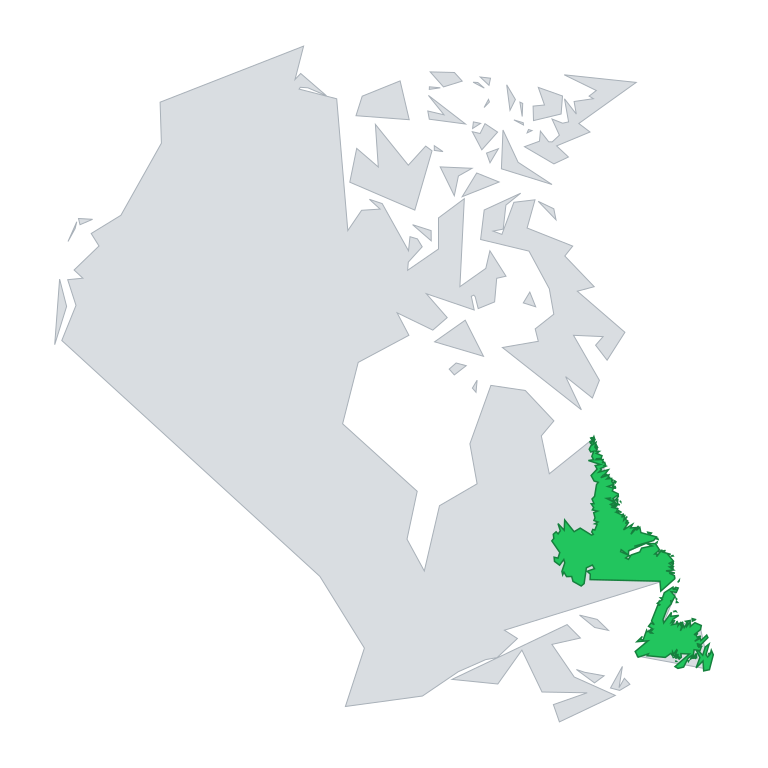 Newfoundland and Labrador highlighted on a map of Canada
{"feature_id": "CAN-686", "entity_name": "Newfoundland and Labrador", "entity_type": "Province", "adm_level": 1, "iso_a3": "CAN", "parent_name": "Canada", "parent_adm1": "", "projection": "orthographic", "projection_center": [-58.847, 53.496], "detail": "fine", "context": "in_parent", "style": "filled", "palette": "green", "viewbox_px": 768, "rotation_deg": 0, "n_neighbors": 0, "source": "natural_earth", "source_scale": "10m", "svg_char_len": 9809}
<svg xmlns="http://www.w3.org/2000/svg" viewBox="0 0 768 768"><path d="M120.9,215.3L161.4,143.2L160.1,102.2L303.6,46.1L295.0,79.5L300.7,73.5L326.5,95.8L307.9,87.8L300.3,87.3L299.1,89.1L336.7,98.8L347.8,230.6L361.6,210.3L380.1,209.1L369.4,199.3L382.2,203.6L408.5,250.8L410.0,236.7L417.4,238.9L422.2,246.8L408.3,262.1L407.6,270.3L438.5,249.0L438.5,217.9L464.3,198.7L459.9,286.7L485.8,268.4L489.9,250.8L506.0,276.2L496.7,278.3L494.6,301.9L478.2,308.6L475.2,296.7L473.8,295.1L471.3,296.3L474.2,310.0L426.3,293.7L447.2,317.6L432.8,330.1L397.1,312.8L408.9,335.3L358.2,362.4L342.6,423.8L417.2,491.3L407.0,539.2L424.3,571.0L439.5,505.7L477.1,483.8L469.9,443.8L490.9,385.4L525.3,390.5L553.9,420.9L541.3,435.9L549.3,473.8L593.7,438.2L624.2,528.8L655.9,536.9L625.9,552.9L626.4,559.6L655.9,544.2L674.9,577.4L504.4,630.2L517.4,638.5L497.1,657.6L485.7,659.6L458.3,671.7L422.5,696.0L345.4,706.5L364.4,648.1L319.9,576.4L61.8,340.5L76.0,305.4L67.7,279.7L82.9,278.2L74.1,270.0L99.0,246.0L91.2,233.5L120.9,215.3ZM493.0,231.1L501.9,234.4L513.9,202.3L535.0,199.8L527.1,228.0L572.7,246.1L564.8,256.0L594.2,286.7L577.3,291.2L624.9,332.3L607.1,360.2L595.6,345.2L603.1,336.6L573.5,335.3L599.4,380.3L592.4,398.0L565.6,376.6L581.4,409.8L502.4,347.5L538.3,341.3L535.2,328.9L553.8,314.2L549.3,288.7L529.0,251.1L480.6,239.5L484.2,210.0L520.7,193.2L505.9,205.1L503.2,229.1L493.0,231.1ZM564.2,74.8L636.2,82.4L578.8,123.5L590.0,132.0L556.6,145.9L568.4,157.0L553.9,163.9L524.5,146.7L539.5,141.2L540.4,131.1L548.7,141.8L552.2,141.9L559.4,135.2L552.0,119.0L562.6,123.2L568.6,121.9L564.5,98.8L576.3,114.1L574.1,101.5L593.4,98.7L589.1,96.1L596.3,90.5L564.2,74.8ZM375.4,124.4L408.3,165.2L425.7,146.1L432.0,150.8L414.8,210.1L349.8,182.2L356.7,148.4L378.3,167.0L375.4,124.4ZM542.0,692.0L521.9,650.1L497.8,684.0L452.0,679.4L567.1,624.6L580.4,638.0L551.9,644.4L574.2,677.0L615.3,695.4L559.4,721.9L553.4,704.6L587.2,692.8L542.0,692.0ZM400.1,80.9L409.2,119.7L356.0,115.7L362.2,96.2L400.1,80.9ZM538.3,87.4L562.5,96.0L561.1,114.0L533.5,120.6L533.1,106.1L544.5,105.0L538.3,87.4ZM503.0,130.0L518.1,162.3L552.0,184.5L501.4,168.8L503.0,130.0ZM428.4,95.4L465.5,124.0L429.3,119.2L427.8,111.0L444.0,114.8L428.4,95.4ZM677.6,588.5L664.0,621.9L699.8,625.0L709.3,669.4L636.8,656.0L677.6,588.5ZM440.2,166.9L472.0,168.3L458.4,176.0L454.3,195.7L440.2,166.9ZM434.6,341.8L465.2,320.2L483.5,356.3L434.6,341.8ZM476.7,173.0L499.1,182.0L462.2,196.7L476.7,173.0ZM462.2,81.1L443.5,86.9L430.2,71.9L454.4,72.5L462.2,81.1ZM497.6,132.1L481.8,149.8L472.3,131.7L480.1,133.5L485.0,123.7L497.6,132.1ZM506.7,84.8L515.4,99.5L510.0,110.3L506.7,84.8ZM59.6,279.1L66.6,306.4L54.7,344.7L59.6,279.1ZM538.2,201.3L553.8,208.8L556.0,219.8L538.2,201.3ZM412.6,224.7L431.1,230.6L431.2,240.8L412.6,224.7ZM498.4,148.7L490.0,162.8L486.5,153.1L498.4,148.7ZM522.7,103.4L522.2,116.5L519.9,102.1L522.7,103.4ZM529.8,292.1L535.7,306.8L523.3,302.9L529.8,292.1ZM477.8,82.5L484.3,88.1L473.1,82.2L477.8,82.5ZM443.0,151.6L434.3,150.4L434.3,145.7L443.0,151.6ZM622.4,666.4L619.0,687.7L624.4,678.3L629.9,684.3L619.7,690.4L610.5,688.0L622.4,666.4ZM490.5,78.2L489.0,85.3L480.2,77.0L490.5,78.2ZM608.5,630.4L594.7,627.5L579.5,615.1L597.2,619.4L608.5,630.4ZM466.2,365.7L454.3,374.9L449.2,369.1L456.1,363.0L466.2,365.7ZM78.5,218.5L92.6,219.3L80.0,224.7L78.5,218.5ZM513.9,119.9L523.2,122.7L523.5,125.0L513.9,119.9ZM480.6,123.4L472.6,128.5L473.4,121.9L480.6,123.4ZM576.4,669.5L584.7,672.3L604.1,675.8L594.5,682.9L576.4,669.5ZM477.1,380.2L476.0,392.3L472.4,388.1L477.1,380.2ZM440.3,87.8L429.3,89.4L429.4,86.8L440.3,87.8ZM532.0,130.6L527.1,132.9L528.5,129.5L532.0,130.6ZM489.4,102.0L484.1,107.5L488.5,99.4L489.4,102.0ZM76.8,221.7L75.1,228.6L68.0,241.5L76.8,221.7Z" fill="#d9dde1" stroke="#a8b0b8" stroke-width="1"/><path d="M593.4,437.6L594.6,438.7L592.5,437.7L591.4,438.5L594.5,439.9L590.5,442.8L594.5,440.6L593.0,444.4L596.0,442.4L594.9,446.9L595.8,448.4L597.7,449.0L596.8,449.1L595.8,451.2L599.2,451.4L596.2,453.4L602.0,455.7L601.2,458.3L596.5,458.7L595.9,459.7L603.9,459.5L602.0,459.9L603.5,461.9L602.0,462.8L604.7,462.4L605.5,464.9L604.3,465.5L606.0,466.1L600.5,468.5L601.4,469.6L598.9,472.1L608.4,469.7L605.0,474.0L607.4,474.7L603.4,475.0L600.8,477.7L609.0,474.8L608.3,476.9L610.2,477.5L608.1,477.8L606.8,478.9L611.7,478.4L611.7,481.5L613.7,484.3L607.7,486.5L613.4,488.1L612.3,491.0L618.2,493.9L618.3,496.2L616.8,495.7L612.9,498.7L614.8,501.8L607.3,498.6L611.2,497.9L606.5,498.4L614.6,502.5L610.4,504.4L615.4,507.6L610.9,507.1L617.8,508.7L616.6,511.5L618.7,511.8L616.2,512.3L623.5,515.7L621.4,517.2L624.7,515.8L623.8,520.1L627.2,516.5L625.3,519.3L627.5,520.8L626.0,522.2L625.7,523.8L627.2,521.4L628.5,522.6L623.5,529.9L632.5,524.3L630.6,527.9L635.9,527.6L632.8,530.5L630.9,534.3L638.5,525.9L636.3,530.4L639.8,527.3L640.9,532.6L656.4,536.9L653.7,540.5L634.2,546.3L646.3,543.2L628.6,550.7L628.5,555.1L621.2,549.7L620.6,551.7L629.2,555.5L625.6,558.0L628.4,559.4L631.1,555.0L639.8,552.0L641.6,548.1L652.1,545.9L646.5,543.5L655.4,543.6L659.5,549.9L654.8,554.0L657.1,554.1L656.6,556.7L660.4,551.6L665.5,550.4L663.1,552.2L670.7,554.3L667.8,554.3L673.4,561.1L669.2,563.3L673.0,566.3L669.3,566.9L673.7,570.0L666.0,570.8L674.9,573.1L669.2,573.2L674.4,575.6L674.8,578.7L660.8,591.1L660.0,581.2L590.1,579.6L590.3,574.1L587.1,571.3L594.5,568.7L592.4,565.0L586.4,567.8L584.1,583.6L581.2,586.0L573.0,581.4L571.7,576.5L566.6,576.6L563.9,572.1L562.7,574.8L561.9,571.4L564.8,562.9L563.8,559.5L559.6,565.2L554.5,561.4L554.1,557.2L558.0,558.1L559.8,552.5L551.8,540.9L553.8,538.5L553.3,534.3L556.1,531.8L558.1,533.9L560.3,530.8L558.0,523.6L564.2,530.2L564.7,520.0L574.1,531.7L580.2,528.1L591.5,535.1L593.3,534.4L591.7,532.0L592.8,529.4L594.8,530.1L597.1,524.3L594.7,523.8L598.0,522.0L593.9,520.5L595.0,517.8L593.7,512.7L597.6,511.1L592.3,509.9L593.7,507.5L591.2,503.8L594.0,503.7L592.0,499.0L594.6,496.3L596.5,484.6L598.3,482.3L594.1,481.0L591.1,475.5L597.1,469.1L595.2,465.6L600.4,464.5L588.4,460.5L593.6,459.7L591.8,456.4L593.8,451.2L590.7,452.0L589.2,449.2L591.8,444.1L590.3,443.0L589.9,441.7L592.6,440.7L590.7,438.0L591.4,437.7L593.4,437.6ZM713.3,654.7L709.4,669.7L703.7,670.9L703.0,661.0L696.1,667.9L699.9,657.5L696.2,650.0L694.1,649.7L693.0,657.5L690.6,659.0L692.6,654.8L688.0,658.3L683.6,667.1L677.9,668.4L675.0,666.6L689.4,654.0L680.9,653.6L681.3,657.3L679.2,659.1L678.4,658.5L679.2,657.2L678.6,656.6L675.5,658.6L677.3,656.0L672.6,657.8L678.6,654.4L675.4,654.8L677.2,650.3L676.7,649.7L673.7,654.2L672.5,651.8L672.3,655.5L670.8,653.4L665.3,657.4L647.2,655.7L648.3,653.9L638.1,657.2L635.2,651.5L648.1,640.8L636.9,641.7L642.4,636.4L640.3,639.2L643.1,640.0L646.6,630.3L647.1,631.6L648.7,631.4L650.3,633.0L652.4,633.1L649.5,630.5L652.0,630.4L652.7,629.5L650.2,630.1L651.9,628.4L648.5,626.3L651.0,623.0L654.3,624.7L651.5,621.0L657.8,605.1L659.5,605.2L659.9,604.7L657.3,603.3L662.3,599.6L660.5,597.9L662.5,597.9L664.3,592.7L673.0,587.1L673.3,589.4L676.1,589.5L674.6,588.3L675.7,587.3L678.2,588.0L676.3,592.4L671.0,591.6L675.0,596.3L671.5,602.7L670.6,600.0L671.4,603.6L667.2,608.5L663.0,619.5L663.7,623.0L671.5,612.3L670.8,616.3L678.8,615.4L673.0,619.2L671.3,622.3L674.9,620.2L671.8,624.8L678.5,623.4L678.1,625.6L680.2,623.1L681.0,626.3L680.8,622.6L682.1,623.0L681.9,622.5L682.5,622.2L682.8,622.4L680.4,630.9L683.5,625.4L684.2,627.6L686.2,624.4L686.5,626.7L690.2,621.9L690.3,626.6L694.9,622.7L701.3,625.5L700.5,629.6L694.0,634.8L697.9,633.4L696.0,635.2L697.1,637.1L700.8,636.0L694.7,641.3L700.3,638.3L700.9,640.6L706.7,635.1L707.9,637.6L700.9,644.7L697.6,643.8L697.5,644.8L698.0,646.3L700.8,646.5L698.1,647.4L701.4,646.6L699.7,651.5L698.7,650.4L698.0,650.3L702.7,655.3L705.3,647.0L709.1,644.0L706.0,654.7L707.7,657.0L710.4,653.9L711.3,650.2L713.3,654.7ZM615.3,499.8L618.3,496.5L615.9,499.2L617.8,499.3L617.6,501.8L615.3,499.8ZM647.7,532.2L651.5,533.0L651.3,533.3L649.7,534.2L648.4,534.0L647.7,532.2ZM692.3,621.2L692.2,618.6L695.5,619.5L695.4,619.7L692.3,621.2ZM700.5,645.0L701.3,646.1L698.3,645.9L697.6,644.2L700.5,645.0ZM618.8,510.8L621.5,512.3L619.3,512.0L618.8,510.8ZM616.9,503.1L619.8,505.0L615.2,503.9L616.9,503.1ZM687.2,622.9L685.5,621.3L689.4,620.6L687.2,622.9ZM613.0,485.1L614.5,486.6L612.4,486.3L613.0,485.1ZM616.8,505.5L615.5,506.7L613.6,505.1L616.8,505.5ZM596.5,445.3L597.5,447.3L595.4,447.3L596.5,445.3ZM616.1,488.2L613.9,488.2L613.5,487.6L615.6,486.1L614.1,487.8L616.1,488.2ZM613.5,479.6L612.0,481.2L611.9,480.8L613.5,479.6ZM613.7,482.2L614.7,480.8L616.0,481.8L615.1,483.1L613.7,482.2ZM695.9,653.6L694.8,658.1L693.5,658.2L695.9,653.6ZM670.8,556.1L672.9,555.5L673.2,556.0L670.8,556.1ZM676.5,601.3L677.6,602.4L676.3,602.5L676.5,601.3ZM673.1,655.3L675.3,655.2L675.8,655.6L673.1,655.3ZM621.9,514.7L623.9,513.9L623.3,514.6L621.9,514.7ZM620.8,501.9L619.8,500.7L620.8,501.8L620.8,501.9ZM679.1,581.1L677.7,582.4L679.2,580.4L679.1,581.1ZM660.2,550.5L661.9,550.2L662.1,550.5L660.2,550.5ZM672.2,563.2L673.2,562.1L673.3,563.0L672.2,563.2ZM656.5,537.5L657.3,538.4L656.3,538.3L656.5,537.5ZM676.1,598.4L677.2,599.5L676.3,599.2L676.1,598.4ZM676.2,622.0L677.9,621.6L676.8,622.1L676.2,622.0ZM659.2,553.1L659.0,552.0L660.0,551.8L659.2,553.1ZM687.9,622.9L687.7,624.4L687.2,624.1L687.9,622.9ZM696.4,656.6L696.4,653.2L696.6,656.8L696.4,656.6ZM708.7,653.5L709.9,653.1L708.6,653.8L708.7,653.5ZM676.2,623.2L677.0,622.3L677.0,622.6L676.2,623.2ZM593.9,436.6L594.3,437.9L593.6,437.3L593.9,436.6ZM672.4,563.6L673.3,563.8L673.0,564.6L672.4,563.6ZM672.1,567.7L673.0,567.5L673.0,568.2L672.1,567.7ZM695.3,658.9L695.6,657.9L696.0,658.1L695.3,658.9ZM674.9,611.1L675.7,610.9L676.1,611.5L674.9,611.1ZM658.8,601.8L659.3,601.0L659.5,601.3L658.8,601.8ZM676.4,661.4L675.5,661.4L675.2,661.5L675.9,661.0L676.4,661.4ZM656.4,542.6L657.1,542.1L656.9,542.9L656.4,542.6ZM657.0,539.0L657.7,538.5L658.0,539.3L657.0,539.0ZM688.2,660.9L688.8,660.8L688.4,661.5L688.2,660.9ZM674.0,611.4L674.7,611.4L674.0,611.6L674.0,611.4Z" fill="#22c55e" stroke="#15803d" stroke-width="1.5"/></svg>